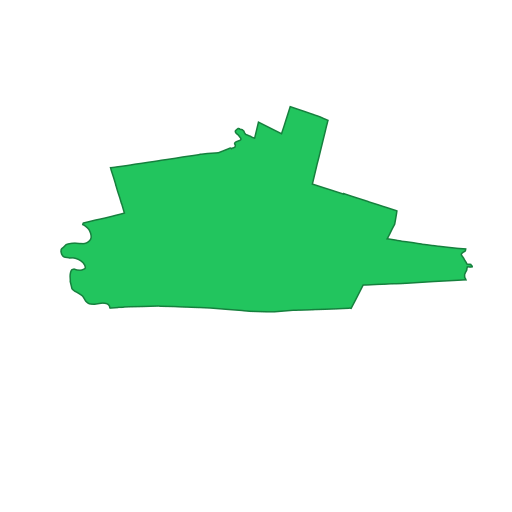 Ciorani, Prahova, Romania, rotated 45°
{"feature_id": "2599482B52551165147319", "entity_name": "Ciorani", "entity_type": "district", "adm_level": 2, "iso_a3": "ROU", "parent_name": "Romania", "parent_adm1": "Prahova", "projection": "natural_earth1", "projection_center": [26.426, 44.821], "detail": "fine", "context": "isolated", "style": "filled", "palette": "green", "viewbox_px": 512, "rotation_deg": 45, "n_neighbors": 0, "source": "geoboundaries", "source_scale": "gbopen_adm2", "svg_char_len": 6031}
<svg xmlns="http://www.w3.org/2000/svg" viewBox="0 0 512 512"><g transform="rotate(45 256 256)"><path d="M189.6,396.0L190.0,395.6L194.8,390.1L194.9,389.7L196.3,388.3L198.1,386.4L199.0,385.1L202.1,381.7L211.8,371.6L222.6,360.1L223.5,359.5L227.2,356.0L230.0,353.3L234.4,349.1L238.3,345.6L242.4,341.8L243.3,340.9L248.1,336.5L251.3,333.5L251.9,333.0L252.3,332.5L254.4,330.6L260.2,325.3L273.5,314.0L284.3,304.7L286.7,302.8L291.0,299.2L303.0,287.9L308.5,282.4L320.7,268.0L321.8,266.9L323.0,265.7L324.2,264.3L326.1,262.4L330.6,257.6L333.1,254.9L334.2,253.8L334.1,253.7L338.1,249.5L342.6,244.7L350.4,236.3L351.1,235.5L358.5,227.4L359.1,226.5L360.3,225.8L357.5,216.8L355.1,209.4L352.3,200.8L353.6,199.4L355.5,197.4L358.9,193.6L362.6,189.5L364.5,187.5L365.6,186.3L367.3,184.5L370.1,181.3L371.1,180.2L374.0,177.2L375.0,176.2L376.1,175.0L378.0,173.0L379.3,171.5L379.9,170.9L380.4,170.2L381.3,169.3L399.6,148.5L414.2,132.3L419.0,126.9L419.6,126.2L420.2,125.6L420.5,125.2L421.3,124.4L420.3,124.0L419.9,123.8L418.7,123.6L418.3,123.3L418.2,123.2L418.0,122.8L417.2,122.2L416.8,121.8L416.6,121.5L416.4,121.2L416.3,120.9L416.2,120.7L416.0,120.1L415.9,119.9L415.7,119.3L415.5,118.9L415.3,117.9L415.0,117.0L414.6,116.5L414.5,116.3L414.1,116.1L414.0,115.9L413.9,115.7L413.8,115.3L413.5,114.8L413.1,114.2L413.8,113.5L414.9,112.7L415.6,112.0L416.3,111.1L416.5,110.9L416.3,110.5L416.2,110.4L415.8,110.3L415.0,110.3L414.1,110.2L413.8,110.1L413.7,110.2L413.2,110.5L411.7,112.0L411.2,112.3L410.8,112.5L410.6,112.5L410.4,112.5L409.5,112.0L409.0,111.9L408.6,111.8L408.0,111.7L407.7,111.7L407.0,111.4L406.5,111.4L405.5,111.1L404.7,110.8L404.4,110.7L403.7,110.6L403.4,110.6L402.9,110.4L402.7,110.4L402.2,110.4L401.8,110.3L401.5,110.2L401.1,110.1L400.9,110.1L400.6,110.0L400.3,109.8L400.1,109.7L399.9,109.5L399.8,109.2L399.7,108.6L399.8,107.5L399.8,106.9L399.9,106.7L400.0,106.3L400.2,105.6L400.3,105.4L400.4,105.0L400.4,104.9L400.4,104.7L400.3,104.4L400.2,104.0L399.9,103.6L399.8,103.4L399.7,103.3L399.5,103.1L399.4,102.8L399.3,102.7L394.6,106.8L393.1,108.1L389.1,111.3L385.5,114.2L378.8,119.5L378.3,120.0L377.9,120.3L377.4,120.7L376.7,121.2L374.3,123.0L373.2,124.0L370.5,126.0L368.9,127.2L368.2,127.8L367.1,128.6L366.6,129.1L365.7,129.8L365.4,130.1L364.9,130.3L364.6,130.5L364.1,130.8L362.7,131.9L361.8,132.6L357.5,135.6L351.5,140.2L348.7,142.5L347.7,143.0L344.8,145.2L344.0,145.7L343.9,145.7L337.3,150.5L336.6,151.1L336.3,150.0L336.0,149.1L335.0,145.9L333.4,141.3L333.0,140.1L331.6,135.5L329.6,132.6L325.2,126.4L324.1,125.0L324.0,124.8L323.8,124.5L323.0,124.8L320.1,126.3L313.8,129.5L310.8,131.1L306.0,133.5L297.8,137.8L297.0,138.1L296.1,138.5L294.8,139.2L284.7,144.4L283.7,144.9L282.0,145.8L274.6,149.5L273.9,149.8L274.2,150.3L265.8,154.6L263.6,155.7L256.5,159.4L247.1,164.2L245.0,165.3L236.1,150.8L234.1,147.6L230.9,142.1L228.4,138.0L219.6,123.5L216.7,118.7L215.2,116.3L213.5,113.5L212.9,112.4L211.6,110.3L211.0,109.2L208.2,110.3L206.6,111.0L204.5,111.7L204.2,111.9L203.2,112.2L202.8,112.4L200.2,113.6L198.7,114.4L188.1,119.5L182.7,122.2L174.6,126.2L176.0,128.9L177.5,131.8L181.0,138.6L183.1,142.6L184.2,144.7L187.6,151.5L181.3,153.6L163.1,159.6L171.4,173.1L171.7,173.7L168.9,175.0L168.7,175.1L168.2,175.1L167.5,175.2L167.3,175.3L166.9,175.6L164.8,176.4L163.8,176.8L163.0,177.2L162.8,177.3L162.6,177.3L162.3,177.3L162.0,177.2L160.6,177.0L159.2,176.3L158.7,176.3L157.6,176.4L157.0,176.4L156.7,176.6L156.3,176.8L156.0,177.0L155.7,177.3L155.3,177.6L155.0,177.8L154.7,177.8L154.3,177.7L153.2,178.4L153.0,179.9L152.9,181.6L153.0,182.2L153.1,182.4L153.5,182.6L153.8,182.9L154.8,183.2L156.3,183.2L157.8,183.0L159.0,183.1L160.0,183.3L161.4,183.4L162.3,183.7L162.8,184.1L163.0,184.7L163.0,185.3L162.6,186.1L161.8,187.9L161.2,189.3L161.0,190.5L161.2,191.4L161.7,191.9L162.8,192.0L163.2,192.5L164.0,193.6L164.1,193.9L164.0,194.3L163.7,195.0L163.6,195.5L163.1,196.2L163.0,196.4L162.9,196.9L162.8,197.5L162.5,197.5L162.0,197.5L161.7,197.7L161.5,197.9L161.2,198.4L161.0,198.8L160.9,199.2L156.5,209.4L155.3,210.9L151.8,214.9L148.9,218.2L147.6,219.9L146.4,221.4L145.9,222.1L144.8,223.3L144.4,223.9L143.8,225.0L140.4,229.6L135.6,235.9L134.1,237.9L129.9,243.9L124.6,251.0L122.3,254.0L121.1,255.6L119.9,257.4L116.9,261.5L113.5,266.0L109.4,271.6L106.0,276.0L103.8,279.1L103.3,279.9L100.9,283.2L97.4,287.8L94.6,291.4L93.4,293.1L92.3,294.5L91.1,296.0L90.7,296.4L93.1,297.8L100.2,301.4L105.8,304.4L106.6,305.0L107.5,305.4L111.5,307.6L114.0,308.9L118.6,311.2L123.5,313.9L124.4,314.2L129.3,316.9L132.6,318.7L130.5,322.4L127.7,327.0L126.1,329.8L124.7,332.1L124.1,333.1L122.1,336.4L120.6,338.7L119.6,340.3L117.2,343.9L116.1,345.7L115.4,346.9L112.8,351.2L110.7,354.6L110.6,354.9L110.6,355.0L110.8,355.4L111.3,356.3L112.6,355.8L114.3,355.5L116.9,355.3L119.1,355.4L121.2,356.1L123.2,357.0L125.0,358.2L126.3,359.4L127.2,361.0L127.5,362.7L127.4,364.5L127.0,366.4L126.2,368.0L125.1,369.5L123.5,370.9L122.4,372.0L118.8,375.0L116.7,377.4L114.6,380.4L113.7,382.2L113.7,385.1L113.7,386.1L113.6,386.9L113.5,387.5L113.5,388.3L113.6,389.0L114.0,389.6L114.5,390.2L115.0,390.8L117.0,392.0L117.6,392.2L118.4,392.4L119.3,392.6L119.7,392.6L120.4,392.5L120.9,392.4L121.5,392.1L122.1,391.7L123.3,390.8L123.8,390.4L124.7,389.7L125.5,389.3L125.8,389.0L126.2,388.5L126.8,387.9L127.3,387.3L128.2,386.5L129.7,385.5L130.4,385.1L132.8,384.0L135.3,383.3L138.4,383.0L141.4,383.6L142.9,384.4L143.7,385.1L143.9,385.7L143.8,386.4L143.2,388.0L142.9,388.7L142.4,389.6L141.8,390.3L141.2,390.9L140.5,391.5L139.8,392.1L139.1,392.6L138.0,393.2L137.0,393.6L136.4,394.2L135.8,395.3L135.5,396.1L135.6,396.6L135.8,397.3L136.4,398.6L136.9,399.3L137.4,400.1L138.0,400.8L138.9,401.8L141.8,404.4L142.7,405.4L144.0,406.2L146.3,407.6L148.7,409.1L149.3,409.3L150.4,409.3L153.0,409.0L154.6,408.4L157.9,407.6L159.9,407.2L161.0,407.0L162.0,407.0L163.1,407.2L165.1,407.7L166.6,408.1L167.5,408.3L168.7,408.3L170.6,408.1L172.0,407.6L173.5,406.5L175.3,404.9L176.0,404.2L179.0,400.1L180.7,397.9L182.4,396.4L183.9,395.4L185.1,394.9L186.7,394.8L188.0,395.1L189.3,396.0L189.6,396.0Z" fill="#22c55e" stroke="#15803d" stroke-width="1.5"/></g></svg>